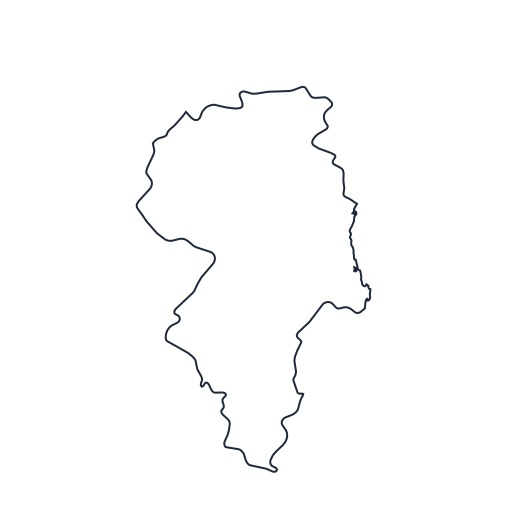 outline of Al Madinah, rotated 219°
{"feature_id": "SAU-845", "entity_name": "Al Madinah", "entity_type": "Region", "adm_level": 1, "iso_a3": "SAU", "parent_name": "Saudi Arabia", "parent_adm1": "", "projection": "natural_earth1", "projection_center": [39.015, 24.943], "detail": "fine", "context": "isolated", "style": "outline", "palette": "slate", "viewbox_px": 512, "rotation_deg": 219, "n_neighbors": 0, "source": "natural_earth", "source_scale": "10m", "svg_char_len": 5893}
<svg xmlns="http://www.w3.org/2000/svg" viewBox="0 0 512 512"><g transform="rotate(219 256 256)"><path d="M210.3,360.1L210.1,358.7L209.9,356.8L209.5,355.3L209.4,354.1L208.5,353.0L208.0,352.2L207.8,351.1L207.8,350.0L206.5,350.7L205.9,350.3L205.5,350.3L205.5,351.5L206.1,352.1L207.5,352.7L207.5,353.1L205.6,353.0L204.3,351.7L204.3,348.3L201.8,344.7L200.4,340.0L200.0,338.5L199.8,336.8L199.4,335.2L198.5,334.0L197.9,333.7L197.3,333.5L196.3,333.2L195.8,332.5L195.5,331.5L195.1,330.3L194.4,329.3L193.4,329.0L192.5,328.7L191.7,328.2L191.2,327.7L190.6,326.6L189.7,325.4L189.2,325.0L188.3,324.2L187.1,323.8L186.2,323.7L184.8,322.7L184.1,322.1L183.0,320.9L181.9,319.4L180.7,318.5L179.8,317.5L178.1,315.7L177.6,315.4L177.1,315.3L176.6,315.5L176.2,315.9L174.9,314.9L174.0,314.1L171.6,312.5L169.9,311.0L170.2,310.2L171.2,309.4L172.6,309.1L172.0,308.5L171.2,308.8L170.1,309.4L169.7,308.6L170.4,307.4L170.6,306.3L170.0,306.1L169.6,306.6L168.9,306.7L168.6,307.4L168.9,307.7L169.1,308.4L169.2,309.2L169.2,309.8L168.9,310.2L167.6,309.7L165.9,310.2L163.3,308.1L162.5,307.3L160.3,305.3L159.8,304.0L159.1,303.4L158.1,302.9L157.1,302.3L156.2,301.4L155.1,300.6L153.7,300.6L153.1,300.5L152.2,301.2L152.0,302.1L152.4,303.5L149.9,303.6L149.3,302.6L147.7,301.7L146.3,302.2L145.1,300.7L144.3,299.2L143.0,297.3L141.0,295.4L140.4,293.1L141.0,291.7L141.4,291.8L142.5,292.7L143.0,291.6L142.6,290.3L138.4,283.6L138.5,283.2L139.3,279.2L139.6,277.9L140.3,276.7L141.2,275.6L142.4,274.9L143.5,274.6L148.2,274.6L150.4,274.3L151.6,273.9L153.0,273.4L154.4,272.3L155.8,270.9L157.3,268.8L158.5,267.4L159.8,266.5L161.0,266.3L162.3,266.4L164.9,266.9L167.6,267.0L169.1,266.7L170.4,266.0L171.8,264.9L172.9,263.1L173.5,261.8L173.7,260.9L173.0,238.4L175.1,222.8L174.9,221.5L174.5,220.3L173.8,219.4L173.0,219.0L171.8,218.7L168.2,218.5L167.3,218.2L167.0,218.1L166.8,217.9L166.3,216.5L164.3,208.2L162.6,203.0L161.7,201.1L160.9,199.8L159.9,198.4L152.5,191.7L151.5,190.4L150.8,189.0L150.3,187.6L149.5,183.9L149.3,183.6L149.0,183.2L148.1,182.5L137.9,176.1L136.7,175.9L135.5,176.4L133.4,178.2L132.5,178.5L132.1,177.7L131.7,176.5L131.2,173.7L130.3,170.9L127.1,163.7L126.7,162.3L126.6,160.9L126.7,159.5L127.0,158.1L128.0,155.3L131.5,149.1L132.0,148.0L132.2,146.6L132.2,145.0L131.6,143.3L130.6,142.1L129.4,141.3L122.9,139.3L121.5,138.6L120.3,137.7L119.1,136.5L118.1,135.1L117.4,133.7L116.8,132.3L116.4,130.8L116.2,129.1L116.1,126.3L117.3,117.0L117.5,113.2L117.4,111.4L116.5,107.3L116.0,106.0L115.6,105.2L114.7,104.2L113.7,103.5L112.7,103.1L112.0,103.0L111.0,103.0L107.3,103.8L106.1,103.7L105.1,103.0L104.9,101.9L105.2,100.7L106.2,99.6L107.4,99.0L114.0,97.2L128.5,89.9L129.8,89.4L131.3,89.4L133.1,89.8L135.6,90.9L140.4,94.2L142.0,94.9L144.4,95.4L145.7,95.4L147.0,95.2L148.3,94.7L158.9,88.6L159.9,88.5L160.9,88.8L162.4,90.0L163.2,91.2L163.7,92.3L165.3,98.6L166.4,101.4L167.5,103.7L170.6,108.9L171.9,110.2L173.5,111.1L176.0,111.5L181.7,111.8L182.9,112.0L184.1,112.5L185.1,113.2L185.6,114.2L185.7,115.0L185.7,115.4L185.6,115.7L185.6,116.2L185.7,117.3L186.1,118.5L187.1,119.6L190.5,121.9L191.5,123.1L191.9,124.4L191.9,125.8L191.7,127.2L191.7,128.5L192.3,129.5L193.4,129.9L195.2,129.4L196.7,128.4L201.8,124.0L202.6,123.6L203.7,123.4L205.1,123.5L207.0,124.1L211.2,126.2L212.6,126.7L213.9,126.8L215.3,126.1L215.6,125.0L215.4,123.7L215.2,122.4L215.3,121.2L215.9,120.4L217.0,120.5L218.3,121.7L218.9,123.1L219.9,125.8L221.2,127.1L223.2,128.2L230.4,131.1L237.2,136.7L239.3,137.5L242.2,137.9L247.9,137.9L271.4,133.9L272.7,134.1L274.0,135.0L275.0,135.9L276.9,138.9L277.9,141.8L278.2,143.1L278.3,144.9L278.3,146.4L277.8,148.9L277.5,149.7L275.5,153.8L274.8,155.9L274.9,157.5L275.5,159.0L276.6,160.0L277.8,160.6L279.1,160.7L281.8,160.1L283.1,160.1L284.4,161.2L284.9,162.6L285.1,164.1L282.0,187.0L281.9,189.1L282.2,190.8L284.0,198.3L285.0,205.1L284.5,223.3L284.8,225.2L285.5,226.8L286.2,228.1L287.2,229.1L287.8,229.6L288.9,230.2L290.1,230.6L291.3,230.8L292.7,230.8L294.0,230.5L308.1,225.1L311.0,224.6L317.7,224.8L320.2,224.5L321.4,224.3L322.5,223.9L323.2,223.5L324.3,222.9L325.4,222.0L326.5,220.8L330.7,215.2L332.0,213.9L333.5,212.9L335.4,212.1L337.0,211.7L346.9,211.3L362.7,214.0L367.7,215.5L369.0,216.0L376.5,218.0L379.1,218.9L380.2,219.8L381.1,221.1L381.5,222.8L381.7,224.4L380.7,242.1L381.0,243.6L381.5,245.2L382.6,247.0L383.9,248.2L385.2,249.0L392.6,251.1L393.5,251.6L394.1,252.1L395.2,254.1L396.2,256.8L399.3,269.6L400.4,272.4L401.1,273.6L402.1,274.6L407.1,278.7L407.1,281.1L406.5,284.1L405.7,286.0L405.6,286.3L403.0,290.1L402.1,291.7L401.8,292.8L401.7,293.8L401.8,294.3L402.6,296.6L402.7,298.2L402.5,300.8L401.5,305.9L400.9,317.6L401.1,323.9L393.6,322.7L390.0,322.9L388.7,323.5L387.6,324.5L386.8,325.7L386.6,327.1L386.7,328.5L388.2,333.0L388.5,334.4L388.6,335.9L388.5,338.9L388.1,340.6L387.4,342.4L385.9,344.9L384.5,346.5L383.1,347.6L373.0,352.5L365.6,357.1L363.0,359.2L361.3,361.3L360.7,362.9L361.1,364.4L362.1,365.5L363.3,366.6L369.6,370.3L370.5,371.4L370.9,372.9L370.3,374.8L369.2,376.1L367.9,376.9L361.3,379.6L359.7,380.8L358.0,382.3L350.0,391.2L333.8,405.3L331.5,408.2L327.4,415.2L326.0,417.0L324.6,417.7L323.2,417.8L314.4,414.8L313.0,414.6L311.3,415.0L308.9,416.6L303.1,422.1L301.9,422.8L301.7,423.0L300.2,423.4L298.9,423.5L297.6,423.5L293.9,422.9L293.6,422.8L292.5,422.0L291.8,420.9L291.6,419.6L291.7,418.2L292.3,415.5L292.6,412.5L292.6,411.0L292.3,409.6L291.7,408.2L290.8,406.9L289.7,405.7L288.7,404.9L287.0,403.9L283.2,402.6L282.0,402.1L281.3,401.0L281.1,399.6L281.4,398.2L284.5,390.0L284.8,388.8L285.2,385.5L285.1,383.5L284.9,382.2L284.5,380.9L283.9,379.7L282.8,378.8L281.6,378.4L280.4,378.3L275.0,379.0L262.8,383.2L258.5,384.1L257.1,383.5L256.5,382.3L256.3,379.5L256.0,378.2L255.4,377.1L254.4,376.4L252.7,376.4L246.6,377.6L244.3,377.8L242.4,377.4L241.1,376.4L239.8,375.2L235.3,369.3L230.7,364.9L229.9,364.0L227.5,359.8L226.4,358.6L224.9,358.1L223.2,358.3L219.1,359.3L212.0,359.9L210.3,360.1Z" fill="none" stroke="#1e293b" stroke-width="2"/></g></svg>